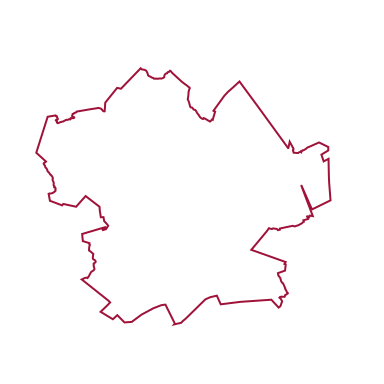 outline of San Pedro del Gallo, Durango, Mexico, rotated 77°
{"feature_id": "50627088B85751357503772", "entity_name": "San Pedro del Gallo", "entity_type": "district", "adm_level": 2, "iso_a3": "MEX", "parent_name": "Mexico", "parent_adm1": "Durango", "projection": "robinson", "projection_center": [-104.46, 25.641], "detail": "fine", "context": "isolated", "style": "outline", "palette": "rose", "viewbox_px": 384, "rotation_deg": 77, "n_neighbors": 0, "source": "geoboundaries", "source_scale": "gbopen_adm2", "svg_char_len": 5822}
<svg xmlns="http://www.w3.org/2000/svg" viewBox="0 0 384 384"><g transform="rotate(77 192 192)"><path d="M59.9,214.2L75.4,238.0L73.7,241.5L85.4,256.4L94.5,259.2L93.9,259.3L93.2,260.2L92.9,260.5L91.6,261.2L90.8,261.5L90.0,262.4L89.2,264.0L89.0,264.4L88.9,264.9L89.0,265.4L88.4,273.7L87.7,286.4L88.2,286.7L88.4,287.2L88.5,288.1L88.5,288.3L88.6,288.6L88.6,288.9L88.7,289.3L89.0,289.5L89.1,290.3L89.1,290.7L90.3,291.3L90.7,291.7L91.0,291.8L92.0,291.1L92.4,290.4L92.7,290.0L93.0,290.0L93.4,290.6L92.8,293.3L92.8,293.6L92.9,293.9L93.2,294.1L93.8,294.1L93.9,294.4L93.6,294.9L93.5,295.1L93.5,296.1L93.7,296.5L93.7,296.9L93.7,297.3L93.4,297.9L93.4,298.3L93.7,299.6L94.3,301.7L94.3,304.5L94.4,305.0L94.6,305.8L94.7,306.6L94.8,307.2L94.7,307.4L94.6,307.6L93.8,308.0L93.6,308.0L93.2,307.9L93.0,307.7L92.8,307.7L92.3,308.0L91.6,308.6L91.4,308.5L91.4,308.2L91.2,308.0L91.1,307.7L91.2,306.9L91.1,306.6L90.8,306.6L90.4,306.3L90.0,306.3L89.8,306.4L89.5,306.6L89.3,306.7L88.2,306.6L87.6,306.8L87.6,307.4L87.5,307.6L87.3,307.7L87.2,307.8L86.8,307.8L86.7,307.8L86.2,315.7L118.7,334.9L129.5,327.4L129.8,327.9L130.2,328.8L130.3,329.5L130.8,330.1L131.0,330.1L131.5,330.1L133.2,329.4L133.9,329.3L134.5,329.4L134.9,329.3L135.9,328.8L136.5,328.4L137.0,328.3L137.8,328.1L138.6,328.0L139.1,328.1L139.4,328.0L139.9,327.7L140.3,327.3L140.9,327.0L141.3,326.9L142.0,326.5L142.8,326.3L143.4,326.0L143.6,325.6L144.0,325.4L144.3,325.4L145.2,324.8L145.6,324.6L146.4,324.6L147.1,324.5L147.5,324.5L147.8,324.6L148.0,324.9L148.6,325.1L149.2,325.1L149.9,325.0L150.9,324.7L151.9,324.8L152.3,324.7L153.0,324.9L154.0,325.3L155.0,325.1L155.5,324.7L155.6,324.8L155.9,325.2L156.1,325.3L156.3,325.2L156.7,325.0L157.2,324.2L157.9,324.1L158.4,324.2L159.2,324.7L159.6,324.7L160.1,324.7L160.4,325.0L160.7,325.6L161.3,327.1L161.7,328.3L161.7,328.9L161.7,329.3L161.7,329.6L161.7,330.1L161.4,331.1L161.5,332.1L168.7,332.4L169.7,330.7L175.8,321.6L174.7,320.1L180.3,308.2L172.0,296.6L185.6,285.4L189.1,286.0L196.1,286.5L196.6,283.9L200.6,284.1L204.7,281.8L206.1,281.3L208.9,284.3L209.1,288.2L206.7,283.7L208.2,308.5L215.3,309.4L218.8,303.4L219.4,303.8L219.7,303.8L220.1,303.7L220.6,303.4L220.9,303.7L222.7,304.6L225.8,305.5L226.5,304.9L227.2,304.2L227.4,304.1L230.1,302.1L233.5,303.4L234.6,303.5L235.3,303.4L236.3,302.2L236.9,301.8L237.9,301.5L238.5,301.6L239.1,302.5L239.3,303.2L239.4,303.6L239.7,304.0L240.2,304.1L240.6,304.0L241.1,304.1L241.8,304.5L244.4,304.3L245.2,304.4L245.7,304.9L246.2,305.6L246.7,306.7L247.0,307.8L247.4,308.4L249.1,310.0L250.5,311.1L251.6,312.3L252.3,313.2L251.8,313.8L251.7,314.2L251.7,315.1L251.7,316.1L252.0,317.1L252.4,319.1L279.3,297.7L281.2,296.6L283.3,299.8L288.2,308.0L298.2,297.7L295.2,292.5L303.9,287.1L305.0,279.9L300.1,268.7L296.6,255.8L295.4,247.5L295.5,245.4L295.8,243.2L316.4,238.3L317.0,239.1L317.0,232.0L315.8,230.2L313.8,226.3L299.6,203.1L298.6,197.9L298.6,191.1L307.9,189.3L309.9,169.7L314.8,138.9L324.1,133.6L323.8,133.1L323.6,132.4L323.3,131.9L323.1,131.6L322.2,130.9L321.6,130.6L320.8,130.0L320.1,129.7L319.4,129.1L318.8,128.8L318.1,128.9L317.3,129.2L316.3,129.4L315.7,129.7L315.3,129.9L314.9,130.5L314.6,130.6L314.2,130.1L314.2,129.7L314.1,129.4L314.1,128.9L314.1,128.2L314.5,127.4L314.9,125.3L313.4,124.4L313.3,123.8L312.6,122.1L312.5,121.7L312.4,121.5L311.9,121.4L311.6,121.6L311.4,122.0L309.0,122.4L308.9,122.5L308.6,122.6L308.1,122.8L307.8,122.9L307.0,122.8L306.8,123.0L306.6,123.0L306.3,122.9L301.5,123.8L301.2,124.3L300.9,124.4L300.6,124.5L299.9,124.9L299.0,125.2L295.9,125.3L295.3,125.5L294.9,125.8L293.9,125.9L293.5,126.3L292.9,126.6L292.5,126.7L291.5,126.6L290.9,126.5L290.4,126.5L289.5,119.0L283.7,117.0L282.9,118.1L281.3,116.5L261.7,147.2L247.4,128.4L244.6,125.1L244.9,124.8L246.0,122.6L246.0,122.0L245.8,121.6L245.7,121.2L245.8,120.8L246.2,120.0L247.0,117.8L247.5,117.4L248.5,116.9L248.5,114.9L247.4,114.7L247.4,111.4L247.6,101.9L247.7,101.2L248.6,99.8L248.6,99.4L248.3,95.9L247.3,92.2L247.0,91.6L246.1,90.1L246.1,89.7L244.6,89.8L244.4,84.8L244.0,84.5L243.6,84.4L243.4,84.5L242.0,85.5L241.6,85.2L241.7,84.7L242.5,83.2L242.0,82.9L241.5,82.5L242.7,79.7L225.6,82.0L212.2,83.8L209.7,84.0L232.5,79.7L235.0,79.1L235.9,78.6L231.3,58.9L214.0,56.3L208.0,55.2L194.6,52.4L190.4,51.5L191.8,56.8L184.7,57.5L182.2,49.9L178.8,49.1L172.3,57.1L172.6,58.6L174.4,67.9L174.6,69.5L175.6,71.3L176.3,73.5L176.6,75.0L176.4,75.1L176.9,76.1L176.8,76.4L177.8,76.7L177.2,77.3L177.5,79.1L177.9,79.8L176.6,84.1L174.9,84.3L173.9,83.8L173.7,84.1L172.5,83.4L165.0,85.5L170.8,88.2L170.8,88.5L123.2,108.7L95.0,120.9L99.4,128.6L102.6,134.6L105.5,138.8L106.6,140.1L117.7,152.8L118.9,151.4L126.2,155.5L125.8,155.8L125.7,156.0L127.1,157.9L127.4,158.4L127.4,158.6L127.2,158.9L126.3,159.7L125.9,160.3L125.3,160.9L124.9,161.3L123.9,162.3L123.2,163.2L122.7,163.8L122.6,164.0L122.9,164.4L123.2,164.4L123.3,164.6L123.3,164.8L123.3,165.1L121.8,166.7L120.9,167.3L119.9,167.6L119.2,168.0L118.8,168.0L118.4,168.2L117.9,168.4L116.8,169.0L113.2,170.1L112.9,170.3L112.0,171.9L111.3,172.1L109.9,172.8L109.5,173.5L109.2,174.3L108.3,174.6L104.2,174.7L102.6,174.9L100.7,175.3L97.6,174.0L97.3,173.9L96.8,173.7L96.2,173.6L95.2,173.2L93.7,172.9L92.8,172.3L91.6,171.8L90.4,170.8L89.9,170.8L89.7,170.9L88.3,172.2L87.7,172.5L85.1,174.8L83.5,176.1L82.5,177.0L70.9,184.9L70.2,185.1L69.6,185.4L68.9,186.1L69.8,187.5L69.7,188.3L69.9,188.8L70.1,189.1L70.6,189.4L70.8,189.8L70.7,190.6L71.4,192.0L71.6,192.2L72.5,192.8L73.0,193.0L73.8,193.2L74.1,193.6L74.3,194.1L74.6,195.9L74.6,196.4L74.4,196.9L74.1,198.0L74.0,198.9L74.1,199.5L73.9,200.1L73.6,200.5L73.6,201.7L73.1,202.4L73.1,203.4L72.8,203.8L72.6,203.9L72.4,204.0L72.1,204.3L71.9,204.5L71.8,205.0L71.5,205.3L70.0,206.9L69.1,208.2L68.5,208.5L65.7,208.7L65.3,208.8L64.4,209.1L63.8,209.2L63.5,209.4L62.8,210.1L62.4,210.6L62.0,211.4L61.8,212.1L61.5,212.6L61.2,213.4L59.9,214.2Z" fill="none" stroke="#9f1239" stroke-width="2"/></g></svg>